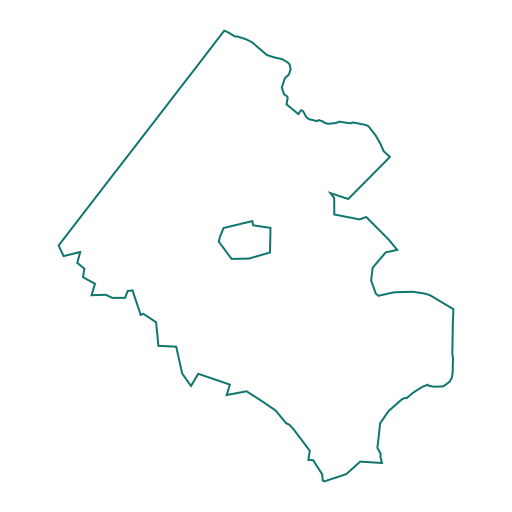 outline of Fairfax, Virginia, United States of America
{"feature_id": "52423323B7849589815213", "entity_name": "Fairfax", "entity_type": "district", "adm_level": 2, "iso_a3": "USA", "parent_name": "United States of America", "parent_adm1": "Virginia", "projection": "albers", "projection_center": [-77.233, 38.838], "detail": "fine", "context": "isolated", "style": "outline", "palette": "teal", "viewbox_px": 512, "rotation_deg": 0, "n_neighbors": 0, "source": "geoboundaries", "source_scale": "gbopen_adm2", "svg_char_len": 1911}
<svg xmlns="http://www.w3.org/2000/svg" viewBox="0 0 512 512"><path d="M348.2,199.0L351.5,195.7L362.3,184.8L369.3,177.8L374.3,172.7L385.9,161.0L389.9,156.9L383.7,151.2L380.3,143.6L375.7,135.5L368.6,126.4L367.3,125.6L365.0,124.8L353.7,122.6L352.4,122.5L351.6,123.2L348.5,123.1L339.6,121.7L335.4,123.1L328.1,123.8L324.1,122.7L323.3,121.6L318.7,120.1L317.0,121.1L309.0,119.2L306.3,117.1L303.5,111.9L302.3,110.5L301.0,110.4L300.5,110.8L298.4,114.1L286.5,104.3L287.7,97.7L287.0,96.3L284.0,94.2L281.8,87.4L284.9,78.2L288.8,74.7L290.7,69.3L289.6,64.4L287.7,62.4L282.2,59.2L273.7,57.2L266.8,55.0L252.1,42.3L245.9,39.2L238.2,36.7L234.8,36.4L227.5,32.0L224.2,30.7L190.2,75.0L184.4,82.4L166.4,105.8L165.1,107.5L141.5,138.1L108.7,180.5L89.9,204.9L58.6,245.5L63.6,256.1L80.2,252.0L77.3,262.9L84.4,268.7L83.0,277.2L95.0,283.8L91.6,295.2L105.8,294.8L112.4,297.9L125.1,297.9L127.7,291.0L132.5,290.4L140.7,314.9L143.3,313.8L156.1,322.3L158.4,345.8L176.2,346.7L182.2,373.5L191.0,386.0L198.2,373.8L229.9,384.6L226.7,395.0L246.5,391.3L260.5,400.2L275.6,410.5L286.0,423.1L289.7,425.0L293.8,429.6L309.8,450.8L308.4,459.9L313.2,460.2L322.2,474.4L322.8,480.7L324.6,481.3L346.3,474.1L360.2,461.6L382.0,463.0L380.4,456.7L380.6,453.6L377.4,447.9L378.6,437.5L380.1,423.4L388.5,411.1L401.3,399.8L403.9,398.3L406.8,398.0L412.6,393.1L416.9,390.3L422.4,386.8L427.0,385.0L427.7,384.7L428.5,385.7L433.7,386.7L443.3,386.4L449.5,381.8L452.0,377.5L452.7,371.4L453.0,357.7L452.3,354.0L452.4,348.7L452.8,326.4L452.9,321.5L453.4,309.2L429.8,295.1L423.8,293.4L423.6,293.4L412.9,291.8L396.1,292.2L393.1,292.5L378.4,295.8L375.8,293.6L371.1,280.4L372.7,267.7L385.7,252.4L397.2,249.9L388.9,239.8L375.8,226.6L366.2,217.0L359.5,219.4L334.3,214.5L334.2,198.0L330.4,193.1L348.2,199.0ZM220.0,236.6L223.6,228.0L252.3,221.1L253.2,225.3L270.5,227.9L270.0,252.5L248.8,258.6L231.6,258.9L218.8,241.7L220.0,236.6Z" fill="none" stroke="#0f766e" stroke-width="2"/></svg>